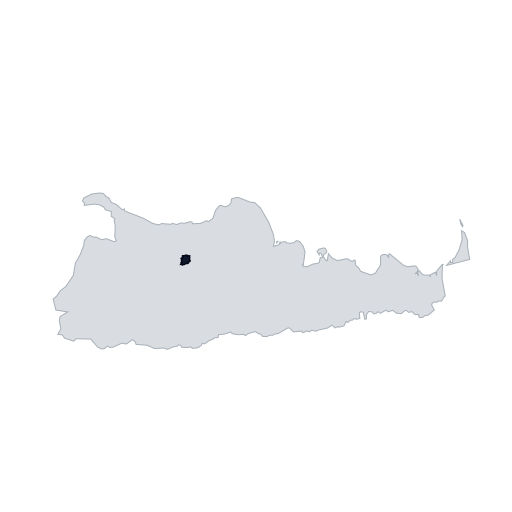 location of San Martín, Santa Fe, Argentina, rotated 258°
{"feature_id": "61730980B15935899611470", "entity_name": "San Martín", "entity_type": "district", "adm_level": 2, "iso_a3": "ARG", "parent_name": "Argentina", "parent_adm1": "Santa Fe", "projection": "equal_earth", "projection_center": [-61.712, -32.002], "detail": "fine", "context": "in_parent", "style": "filled", "palette": "ink", "viewbox_px": 512, "rotation_deg": 258, "n_neighbors": 0, "source": "geoboundaries", "source_scale": "gbopen_adm2", "svg_char_len": 5208}
<svg xmlns="http://www.w3.org/2000/svg" viewBox="0 0 512 512"><g transform="rotate(258 256 256)"><path d="M309.4,161.6L306.7,167.1L307.3,170.7L304.7,179.2L305.3,180.9L303.3,185.0L303.9,189.3L302.8,193.5L303.3,198.8L302.4,200.4L300.7,200.8L299.4,208.2L300.8,215.2L299.5,216.5L301.8,221.6L309.1,226.0L312.7,230.5L312.8,232.4L310.8,235.2L310.6,237.6L311.6,240.8L313.4,242.7L316.9,243.9L317.3,248.4L316.7,251.3L309.9,261.5L308.4,265.9L302.1,270.3L286.1,275.5L273.6,277.5L266.5,277.1L261.8,275.0L262.2,280.7L264.5,282.3L263.3,282.4L264.3,283.4L263.8,288.0L262.3,288.9L261.2,292.7L261.3,296.0L262.7,298.7L261.3,301.5L255.9,304.2L249.6,304.8L237.7,300.5L238.2,299.8L237.6,299.5L235.7,300.4L234.9,304.2L236.3,309.9L236.0,314.9L236.7,316.6L241.0,318.5L240.7,320.5L242.2,320.7L245.2,320.2L245.5,318.6L243.9,318.0L248.0,316.7L249.6,318.8L249.8,323.9L249.1,325.3L245.9,326.2L245.0,326.0L243.1,322.4L241.5,321.7L237.0,323.6L236.5,324.7L243.2,327.3L238.3,330.0L234.5,334.7L234.6,343.3L233.7,345.7L231.1,348.0L230.7,349.6L231.6,350.5L231.3,352.1L226.1,351.6L222.5,354.3L219.3,355.1L213.5,364.7L214.5,369.3L221.4,376.0L229.9,377.8L231.0,380.0L230.7,382.6L229.8,384.2L226.7,385.6L229.4,385.6L230.5,387.0L215.9,398.7L214.0,402.1L213.4,409.1L212.3,410.6L209.3,411.9L207.1,410.5L205.4,407.9L205.6,410.0L202.7,410.8L206.2,410.9L207.8,412.5L203.3,415.1L202.1,417.4L201.6,420.5L199.9,422.4L201.3,422.0L202.9,428.2L199.3,428.6L203.8,429.7L209.1,436.6L208.7,437.2L208.5,436.5L195.2,433.3L177.4,432.8L177.5,431.9L173.3,428.1L174.0,425.4L173.2,423.1L173.9,421.1L173.2,418.5L171.6,417.6L166.0,419.1L162.4,412.2L162.4,408.4L161.2,406.0L162.0,402.9L165.0,402.7L165.6,399.4L169.2,396.9L169.1,393.7L171.3,391.9L171.7,390.3L169.4,386.2L170.7,381.7L174.5,378.3L173.9,373.9L176.0,371.8L174.1,366.0L176.2,363.5L175.0,362.1L174.9,359.0L177.0,358.2L178.3,354.8L175.8,351.8L171.6,350.9L171.4,349.3L178.8,349.2L179.6,346.7L179.1,345.3L173.4,344.6L173.2,341.2L174.4,339.1L173.2,336.9L173.5,334.9L171.9,331.9L173.3,330.6L169.4,327.6L169.1,322.5L169.9,321.2L169.2,318.4L172.5,315.9L170.7,311.0L170.6,301.5L169.9,299.0L171.9,295.1L170.7,292.5L172.1,290.5L171.3,285.6L173.0,285.2L174.0,276.7L178.2,274.2L179.1,272.5L175.6,261.7L175.7,257.6L175.0,255.7L175.7,253.3L174.9,249.8L176.0,245.7L179.0,244.0L179.2,242.6L182.2,239.7L181.8,232.6L180.3,229.0L181.9,227.7L182.7,222.3L184.9,216.6L186.9,215.6L186.2,209.1L186.8,203.1L184.1,202.0L184.6,197.8L183.6,196.8L182.9,192.3L181.1,188.4L180.9,186.6L181.9,185.4L179.9,183.9L178.4,180.2L178.6,176.9L178.9,174.6L180.9,172.9L180.5,171.3L182.1,164.3L184.2,163.9L185.3,161.5L184.1,160.1L184.3,156.0L183.1,149.9L185.1,146.9L186.6,137.5L191.4,130.8L194.5,120.3L197.1,120.1L199.9,117.8L196.9,110.9L198.6,106.5L196.5,97.2L197.1,93.8L198.7,91.8L196.8,88.3L197.3,85.4L199.9,82.1L209.1,77.1L212.5,62.7L210.5,60.1L215.5,51.6L219.1,50.2L220.6,45.8L225.3,50.0L233.5,50.1L237.5,51.8L240.5,60.2L244.7,49.0L256.0,48.6L258.2,52.7L262.6,57.2L265.6,63.5L274.9,73.2L286.7,77.9L294.0,84.4L302.5,89.9L306.7,91.2L309.9,95.1L310.6,97.9L308.7,100.2L307.3,104.4L305.0,106.8L304.0,109.6L304.1,113.1L299.6,120.0L299.7,122.5L304.2,121.9L315.0,124.6L320.3,124.6L321.9,125.7L324.8,122.6L329.4,123.8L332.5,118.3L335.5,117.2L338.7,113.4L340.4,108.6L341.2,98.5L343.0,99.2L346.0,97.8L348.7,99.8L350.8,108.3L350.1,116.5L348.8,119.8L345.4,121.6L343.6,124.0L338.4,125.7L335.6,130.0L329.1,134.7L329.4,137.1L327.3,136.9L316.4,153.6L309.4,161.6ZM208.2,464.3L207.2,440.5L210.9,445.2L209.2,444.9L208.8,447.1L211.7,447.6L213.1,450.4L219.5,455.7L228.9,460.9L238.0,462.4L235.5,464.9L226.7,466.2L221.3,464.8L208.2,464.3ZM241.7,464.0L244.4,463.1L249.7,462.9L242.7,464.8L241.7,464.0ZM265.9,279.3L265.8,280.5L264.1,278.7L265.9,279.3Z" fill="#d9dde1" stroke="#a8b0b8" stroke-width="1"/><path d="M263.1,186.9L263.0,187.1L262.9,187.5L263.1,188.0L263.2,188.3L263.4,188.6L263.6,188.8L264.4,189.4L264.5,189.5L264.7,190.1L264.8,190.6L265.1,190.6L265.4,190.5L265.5,190.5L265.8,190.4L265.8,190.2L266.1,190.2L266.3,190.2L266.9,190.4L267.2,190.5L267.3,190.5L267.5,190.5L267.8,190.6L268.4,190.8L269.5,191.0L270.0,191.1L270.0,190.9L270.1,190.6L270.1,190.4L270.2,190.2L270.2,189.9L270.3,189.6L270.3,189.3L270.4,189.2L270.4,188.9L270.5,188.8L270.5,188.7L270.7,188.8L270.8,188.8L271.0,188.8L271.1,188.6L271.1,188.4L271.1,188.2L271.2,187.8L271.3,187.8L271.3,187.5L271.3,187.4L271.4,187.2L271.3,186.8L271.3,186.7L271.2,186.0L271.2,185.9L271.2,185.6L271.3,185.3L271.3,185.2L271.4,184.9L271.4,184.7L271.4,184.4L271.5,184.3L271.5,184.2L271.3,184.2L271.0,184.1L271.0,184.4L270.9,184.4L270.6,184.3L270.4,184.2L270.1,184.2L269.9,184.1L269.6,184.1L269.4,184.0L269.4,183.9L269.4,183.6L269.5,182.9L269.3,182.9L268.9,182.8L268.9,182.7L268.8,182.8L268.7,182.9L268.4,182.8L268.2,182.8L268.2,182.7L267.8,182.7L267.8,182.4L267.7,182.4L267.4,182.3L267.2,182.3L267.1,182.2L266.9,182.2L266.7,182.2L266.4,182.1L266.2,182.0L265.8,181.9L265.7,181.9L265.4,181.8L264.9,181.7L264.6,181.6L264.6,181.4L264.7,181.2L264.4,181.1L264.1,181.1L263.9,181.0L263.7,181.0L263.6,180.9L263.6,181.0L262.6,181.9L262.5,182.0L262.7,182.5L262.7,182.9L262.7,183.2L262.7,183.8L262.7,184.5L263.0,185.0L263.1,185.5L263.2,185.8L263.1,186.5L263.1,186.8L263.1,186.9Z" fill="#0f172a" stroke="#020617" stroke-width="1.5"/></g></svg>